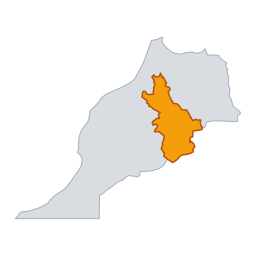 Meknès - Tafilalet highlighted on a map of Morocco
{"feature_id": "MAR-1452", "entity_name": "Meknès - Tafilalet", "entity_type": "Region", "adm_level": 1, "iso_a3": "MAR", "parent_name": "Morocco", "parent_adm1": "", "projection": "robinson", "projection_center": [-5.04, 32.255], "detail": "fine", "context": "in_parent", "style": "filled", "palette": "amber", "viewbox_px": 256, "rotation_deg": 0, "n_neighbors": 0, "source": "natural_earth", "source_scale": "10m", "svg_char_len": 5311}
<svg xmlns="http://www.w3.org/2000/svg" viewBox="0 0 256 256"><path d="M17.7,216.3L19.5,213.1L22.4,211.7L28.5,211.1L37.5,208.4L45.7,204.5L48.0,202.9L50.5,199.7L54.6,195.6L62.3,190.7L65.8,187.9L71.2,181.0L74.9,175.3L77.8,171.6L79.9,168.3L81.4,165.0L82.2,159.7L81.7,157.6L79.5,154.2L78.1,153.3L77.7,151.7L78.5,148.8L78.6,143.9L79.2,136.2L81.7,129.9L87.9,121.6L89.0,118.3L89.8,112.9L89.9,111.0L97.5,103.4L102.0,97.5L103.6,96.1L107.5,93.4L121.1,87.6L128.8,83.4L133.3,80.4L135.9,76.8L143.4,62.7L150.7,42.9L151.3,40.6L154.5,39.9L156.8,39.6L158.6,38.9L160.9,37.4L163.1,38.0L162.0,39.0L162.0,41.5L163.5,44.3L166.2,47.5L171.1,51.6L174.9,53.2L180.3,54.2L186.7,52.4L190.2,52.4L191.9,51.6L193.8,52.8L197.4,53.1L200.8,52.5L203.4,50.8L205.1,48.8L205.3,49.8L205.4,50.9L205.9,51.5L207.0,54.0L207.5,55.0L209.5,54.8L211.2,55.3L215.1,55.1L218.9,55.5L219.4,57.1L220.5,58.4L224.4,61.4L226.7,63.2L226.8,63.8L226.0,65.3L225.7,66.4L226.3,67.5L227.8,68.8L227.9,69.4L227.6,70.2L226.8,71.6L228.4,75.8L228.7,79.9L228.4,82.8L228.4,84.5L228.6,85.9L230.0,89.2L229.1,94.6L230.2,97.6L231.6,100.0L232.4,104.3L233.5,106.3L235.3,108.1L236.3,108.7L238.3,110.2L239.8,111.4L240.6,113.3L238.9,114.8L237.5,116.1L237.1,117.6L237.8,119.9L237.8,121.2L236.9,121.6L233.1,121.5L230.2,121.4L226.9,121.2L222.1,121.0L219.2,120.9L215.2,120.7L213.8,120.8L210.2,121.4L207.6,121.9L207.1,122.0L206.3,122.6L205.8,124.3L205.3,126.3L204.7,127.2L197.0,130.0L193.9,130.4L192.1,130.1L190.9,130.4L189.8,131.0L189.4,131.9L189.4,133.1L189.6,134.2L190.4,135.9L190.5,137.5L190.1,138.7L189.9,139.9L189.7,141.1L190.1,141.8L190.9,141.9L191.6,142.5L192.7,143.0L193.6,144.0L193.6,145.5L192.8,146.3L192.2,146.7L189.3,147.1L186.9,147.4L183.9,149.6L180.7,152.1L176.9,153.7L175.2,154.1L172.2,155.3L168.7,157.2L167.0,160.2L164.8,163.8L162.7,166.1L159.8,168.3L157.1,169.2L153.7,170.3L149.4,171.1L146.4,171.4L145.5,171.6L142.9,171.6L141.6,171.4L140.6,171.3L140.2,171.6L140.1,172.1L140.0,173.4L139.8,174.9L139.0,176.1L138.4,176.6L137.7,176.9L135.4,176.5L133.6,176.1L129.1,175.6L128.2,175.7L127.9,175.9L126.5,176.7L124.4,178.5L122.9,180.0L121.8,180.7L119.2,181.1L118.1,181.7L113.3,185.5L112.2,186.4L107.2,189.8L105.8,190.9L104.7,192.0L101.7,194.4L99.8,195.5L99.5,196.1L99.4,197.7L99.3,201.0L99.3,204.2L99.3,208.8L99.2,213.4L99.2,218.6L15.4,218.6L17.7,216.3Z" fill="#d9dde1" stroke="#a8b0b8" stroke-width="1"/><path d="M202.1,129.4L201.0,129.7L195.6,130.7L194.9,130.8L194.2,130.6L192.9,131.3L192.7,136.9L191.3,137.0L190.3,137.8L190.1,138.1L190.0,138.5L190.1,140.1L190.1,140.6L189.7,141.3L189.6,141.7L189.6,142.1L189.8,142.3L190.1,142.3L190.5,142.2L191.0,141.7L191.3,141.5L191.6,141.6L191.9,141.9L192.4,142.7L192.7,143.0L193.4,143.4L193.6,143.6L193.8,144.0L193.9,144.4L193.9,144.8L194.9,146.4L193.9,148.1L193.0,149.0L193.1,150.4L193.2,151.8L189.8,153.6L186.6,154.4L183.8,154.6L181.6,155.2L179.8,156.2L177.7,159.0L175.1,161.2L172.4,162.4L169.5,160.4L167.5,159.1L166.1,157.8L165.1,157.4L164.1,156.5L163.9,155.1L164.3,154.2L164.3,153.1L163.6,152.3L162.9,151.3L162.6,150.5L162.0,149.8L161.4,149.3L161.4,148.3L161.5,147.5L162.0,147.0L162.5,145.5L162.4,144.4L162.5,143.0L163.8,138.9L164.2,136.4L163.4,135.1L160.6,133.1L159.7,132.1L158.6,131.7L157.7,131.5L156.3,131.8L155.3,131.8L154.5,131.5L154.9,130.0L156.6,127.9L157.6,126.3L157.3,124.9L156.0,124.2L153.2,125.1L152.8,123.9L152.3,123.2L152.4,122.3L153.0,121.3L154.3,120.4L156.4,118.8L157.1,118.5L157.9,118.2L159.3,118.2L159.5,117.8L158.9,116.6L158.8,115.8L158.4,115.0L158.8,113.9L159.3,113.2L160.0,112.7L160.1,112.4L158.5,111.9L156.1,110.3L153.8,109.4L151.6,107.2L148.9,106.2L148.9,105.2L149.0,104.7L148.7,103.9L148.1,103.6L147.2,103.6L146.9,103.2L147.0,102.4L147.1,102.0L147.3,101.4L146.0,99.9L143.8,98.3L143.1,97.9L142.3,97.3L142.0,96.4L142.5,95.7L142.3,94.7L142.2,94.3L142.4,93.7L142.4,93.2L143.0,92.1L143.3,91.3L143.7,91.2L144.2,91.2L145.4,91.7L145.8,92.0L145.9,92.5L145.9,92.9L145.9,93.3L146.1,93.6L147.0,93.9L147.5,94.0L147.9,94.1L148.3,94.4L149.3,94.7L149.8,94.7L150.1,94.4L150.7,94.3L152.8,94.4L153.3,94.2L153.6,93.9L153.4,93.6L153.3,93.2L153.3,92.8L153.3,92.3L153.3,91.8L153.4,91.2L153.4,90.6L153.6,89.9L153.7,89.2L153.6,88.5L153.6,88.0L154.0,86.8L154.5,85.8L154.8,84.3L154.6,83.8L154.3,83.4L154.1,83.0L153.8,82.6L153.7,82.2L154.2,80.7L154.0,80.1L153.6,79.6L153.2,79.0L153.2,78.6L152.8,77.8L152.6,77.5L151.9,77.1L152.3,76.4L152.9,76.0L153.1,75.5L153.5,75.3L153.7,75.0L154.5,75.5L154.8,75.8L155.1,76.1L155.2,76.6L155.7,76.8L156.2,76.8L157.0,76.8L157.6,76.8L159.5,76.1L159.9,75.8L159.9,75.4L159.8,75.0L160.4,73.5L161.2,74.7L161.7,75.3L161.9,76.1L162.0,76.9L162.1,77.4L162.4,77.7L162.9,77.7L163.2,77.4L163.6,77.3L163.8,77.8L164.6,79.6L166.2,82.4L166.5,83.3L166.2,83.8L165.3,85.2L165.4,85.9L165.9,86.4L168.5,87.0L169.4,87.6L169.9,88.6L170.0,89.8L168.5,91.5L168.2,92.5L170.6,98.8L172.2,101.1L172.5,102.0L172.6,102.7L173.3,103.2L174.8,103.6L176.3,103.8L177.4,104.1L179.2,105.9L181.0,108.5L181.4,109.2L182.2,109.7L183.1,110.1L184.6,110.0L185.3,110.1L186.6,110.0L187.7,111.7L188.2,112.7L189.4,114.6L190.2,116.2L190.5,117.3L191.2,117.8L191.5,118.7L192.2,119.4L192.4,120.2L192.9,120.4L193.9,120.2L194.8,119.8L195.3,119.5L196.0,119.5L196.9,119.7L197.5,120.0L198.3,120.2L199.2,120.0L200.1,119.9L200.8,120.2L200.5,121.2L200.4,123.1L200.6,124.5L201.5,126.5L202.3,127.1L202.1,128.2L202.1,129.4Z" fill="#f59e0b" stroke="#b45309" stroke-width="1.5"/></svg>